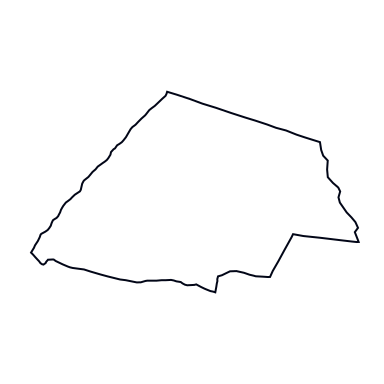 Ali Al-Gharbi, Maysan, Iraq, rotated 267°
{"feature_id": "34846034B45052357299579", "entity_name": "Ali Al-Gharbi", "entity_type": "district", "adm_level": 2, "iso_a3": "IRQ", "parent_name": "Iraq", "parent_adm1": "Maysan", "projection": "equal_earth", "projection_center": [46.697, 32.421], "detail": "fine", "context": "isolated", "style": "outline", "palette": "ink", "viewbox_px": 384, "rotation_deg": 267, "n_neighbors": 0, "source": "geoboundaries", "source_scale": "gbopen_adm2", "svg_char_len": 2388}
<svg xmlns="http://www.w3.org/2000/svg" viewBox="0 0 384 384"><g transform="rotate(267 192 192)"><path d="M293.4,172.4L293.1,172.3L291.4,171.7L289.4,170.6L286.6,167.1L282.2,162.0L279.9,159.3L277.8,156.1L276.0,153.6L272.3,150.4L271.0,149.2L268.0,145.4L264.9,142.0L262.1,139.1L260.9,137.3L260.0,135.9L258.0,134.0L254.2,131.5L250.2,128.9L247.1,126.2L245.4,124.5L243.8,122.0L242.6,119.7L241.2,118.6L239.6,117.4L238.8,115.9L237.5,114.6L236.1,113.2L233.5,112.5L230.2,110.2L228.5,108.7L227.6,107.5L226.7,106.2L225.7,104.5L224.2,102.2L222.3,99.2L219.7,96.9L217.3,93.8L215.0,91.7L212.4,89.3L210.0,85.9L209.1,84.7L208.3,84.1L206.1,82.8L202.3,81.7L200.1,81.1L198.5,80.1L197.4,78.2L195.4,74.8L192.8,71.8L191.3,70.3L189.7,68.0L188.1,65.5L185.0,62.8L183.1,61.5L181.0,60.2L178.5,59.2L176.4,57.9L174.9,57.1L173.2,55.4L172.2,53.5L171.2,51.8L170.1,51.1L168.1,50.1L165.7,49.2L163.5,47.6L161.6,45.9L160.1,43.5L158.9,41.0L158.1,39.3L157.2,38.5L154.9,37.6L151.1,35.5L146.9,32.4L144.6,31.3L139.9,28.1L137.9,29.9L136.4,31.1L135.6,31.7L132.8,34.0L130.7,35.8L129.2,36.7L128.2,37.8L127.7,38.5L127.3,39.9L128.0,41.0L128.7,42.1L130.0,42.8L131.4,44.2L131.9,44.6L131.9,47.5L131.9,49.8L131.7,50.5L130.2,52.3L126.5,59.1L124.1,64.0L123.2,66.1L122.4,68.8L121.3,74.7L120.3,80.1L117.9,86.4L114.5,96.1L112.1,103.4L108.4,115.6L107.4,121.2L104.6,132.1L104.5,136.2L105.1,138.7L105.6,140.9L105.8,142.7L105.3,151.6L105.5,156.8L105.3,161.3L105.3,166.5L104.6,169.2L103.6,171.7L102.7,176.0L101.2,177.8L99.8,180.1L99.1,182.4L99.1,183.0L99.1,186.9L99.1,189.4L99.5,191.4L98.1,193.7L96.6,196.2L94.9,199.3L94.2,200.7L92.1,205.2L91.4,207.9L90.6,210.0L96.0,211.3L99.4,212.0L101.7,212.7L103.7,212.7L106.4,213.6L107.3,217.5L109.3,222.2L110.8,225.8L110.7,232.2L108.6,239.7L106.4,245.1L105.2,249.2L104.5,251.2L103.8,257.8L103.1,263.5L103.1,265.5L108.9,268.5L118.3,274.6L129.4,281.4L136.9,286.1L141.7,289.1L144.6,290.7L142.2,300.9L139.6,317.5L136.0,338.3L134.1,349.5L133.4,354.0L133.4,355.8L137.4,354.5L143.4,352.5L147.5,355.9L153.4,353.6L158.3,349.9L163.5,345.4L169.0,342.0L173.7,339.1L179.0,338.0L184.8,340.0L188.8,338.3L193.7,333.2L198.3,329.5L199.7,328.4L207.4,328.1L216.3,329.2L221.4,324.9L227.2,323.2L235.1,322.4L237.4,316.2L240.6,307.6L243.8,299.4L248.5,289.2L251.7,279.3L255.5,270.5L260.0,258.9L263.6,249.0L268.9,235.1L274.8,220.4L279.7,207.0L284.8,195.2L289.9,182.1L293.4,172.4Z" fill="none" stroke="#020617" stroke-width="2"/></g></svg>